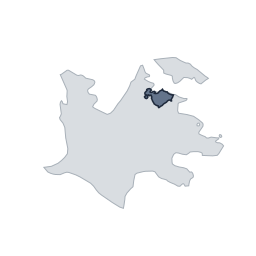 Lachin District, Laçın, Azerbaijan shown in context, rotated 160°
{"feature_id": "54616110B46945931752574", "entity_name": "Lachin District", "entity_type": "district", "adm_level": 2, "iso_a3": "AZE", "parent_name": "Azerbaijan", "parent_adm1": "Laçın", "projection": "orthographic", "projection_center": [46.409, 39.71], "detail": "fine", "context": "in_parent", "style": "filled", "palette": "slate", "viewbox_px": 256, "rotation_deg": 160, "n_neighbors": 0, "source": "geoboundaries", "source_scale": "gbopen_adm2", "svg_char_len": 5778}
<svg xmlns="http://www.w3.org/2000/svg" viewBox="0 0 256 256"><g transform="rotate(160 128 128)"><path d="M173.4,201.3L172.4,201.2L165.5,203.1L164.1,202.6L158.0,195.1L156.7,194.3L154.2,194.0L152.6,192.8L151.4,190.8L150.7,189.3L144.5,185.3L143.5,183.8L143.4,182.5L144.3,181.3L145.3,180.3L148.2,179.2L151.7,178.3L152.8,177.6L153.3,176.5L153.3,174.8L152.7,173.0L147.6,170.0L147.0,168.7L146.9,167.0L147.1,165.3L147.9,163.9L151.9,162.0L154.0,160.0L152.6,157.9L148.1,153.2L142.9,147.9L139.4,147.9L135.5,149.6L129.2,154.2L125.7,156.2L121.1,159.5L116.1,163.1L112.0,167.0L109.5,170.1L104.9,171.5L102.6,174.2L95.0,182.1L92.8,182.0L92.7,178.1L92.8,175.0L92.3,173.2L89.8,170.7L89.8,169.7L90.4,169.0L92.3,169.4L94.8,169.3L95.9,168.3L93.3,165.1L91.0,162.9L89.0,161.5L88.6,160.6L88.6,160.0L89.0,159.2L92.4,157.4L92.7,155.8L92.5,154.0L87.1,151.3L83.2,152.3L79.6,149.2L77.3,146.9L74.5,144.4L71.9,143.0L69.5,139.8L65.3,136.5L62.6,135.6L62.6,135.1L63.1,134.5L64.2,134.0L71.8,134.2L72.7,133.6L73.2,132.2L74.2,130.2L75.5,127.1L75.4,124.6L67.9,120.4L62.4,116.6L58.7,111.5L56.1,106.9L56.3,105.4L57.0,104.0L62.9,99.8L63.3,98.7L63.2,98.0L61.1,95.8L58.5,93.5L57.7,91.9L56.1,91.1L53.0,91.0L47.6,88.2L46.4,87.9L46.2,87.3L46.4,86.8L50.3,85.7L50.3,84.8L49.1,83.6L46.9,82.7L45.0,80.5L44.3,78.5L51.4,72.9L53.5,71.8L58.0,72.9L67.5,76.8L66.9,78.9L67.8,80.1L70.0,81.7L74.2,83.3L77.8,84.2L79.6,83.5L82.3,82.9L85.9,84.8L89.1,87.2L90.8,88.1L91.6,88.4L94.1,87.6L97.1,84.6L98.3,80.8L98.6,79.1L96.9,76.6L93.3,73.9L89.3,71.6L86.7,69.5L85.1,65.4L83.4,65.0L83.0,64.4L82.7,63.0L82.8,61.1L83.4,59.6L85.0,59.0L86.6,58.7L88.1,57.3L89.9,54.5L90.7,52.9L94.2,53.8L94.7,56.3L95.3,56.9L96.7,56.6L99.1,55.5L101.0,56.3L103.5,59.3L106.9,62.4L108.8,64.5L109.5,66.0L111.3,67.4L113.8,69.1L115.9,71.6L117.7,77.7L119.6,79.1L126.2,81.3L128.5,81.8L135.0,82.5L137.3,81.9L140.6,76.6L143.4,71.1L146.2,70.0L151.2,67.3L154.2,64.7L155.4,62.0L158.1,57.0L159.8,54.1L162.8,56.5L168.1,63.2L175.8,74.0L177.7,77.1L179.0,80.7L180.2,85.1L182.0,88.9L189.8,98.4L193.2,101.9L198.7,106.4L200.6,107.4L203.1,107.6L207.7,107.4L212.0,109.1L214.1,110.3L216.3,112.0L218.4,114.1L220.5,119.8L213.1,118.2L205.8,118.8L201.6,120.2L197.6,122.0L193.8,124.5L191.6,129.2L189.9,140.0L187.2,150.1L187.4,154.7L188.9,159.1L188.8,161.2L187.5,162.2L185.8,164.1L183.8,173.4L182.7,175.3L181.2,176.4L180.8,175.4L180.8,173.0L177.4,170.9L175.8,173.4L174.7,178.5L172.4,183.8L172.3,184.9L173.4,201.3ZM61.9,107.9L62.3,106.5L61.3,105.9L60.4,105.8L59.5,106.5L59.5,108.3L60.7,108.6L61.9,107.9ZM37.0,149.4L35.9,147.9L35.5,147.1L38.8,146.4L44.3,144.5L45.7,145.5L47.3,147.6L48.1,149.3L48.2,152.5L48.8,153.0L51.5,152.0L52.7,153.3L54.7,154.9L58.3,156.4L63.4,154.1L66.0,153.5L68.1,153.6L69.2,154.3L69.6,156.8L69.2,159.9L68.6,161.5L69.6,162.8L73.8,165.7L75.6,167.4L74.7,170.2L77.8,177.2L78.9,179.9L80.1,183.3L73.7,181.9L62.0,179.0L58.8,177.6L55.8,173.6L54.0,171.8L51.4,169.3L49.2,168.4L47.6,166.7L46.7,164.2L45.3,162.0L43.0,159.3L37.7,150.3L37.0,149.4ZM44.8,89.9L44.1,90.4L43.1,89.9L42.7,88.8L42.9,87.7L43.9,87.4L44.8,87.7L45.0,88.8L44.8,89.9Z" fill="#d9dde1" stroke="#a8b0b8" stroke-width="1"/><path d="M74.0,143.5L74.5,143.9L75.4,144.0L75.9,144.6L76.6,145.0L77.1,145.5L77.8,146.1L78.0,146.6L78.6,147.2L78.7,147.7L78.7,148.3L79.0,148.7L79.3,148.7L79.8,148.9L80.3,149.2L80.7,149.7L81.3,150.1L81.8,150.4L82.0,150.8L82.1,151.1L82.2,151.3L82.2,151.7L82.2,152.2L82.3,152.7L82.6,152.6L82.9,152.3L83.1,152.0L83.5,152.0L84.0,152.0L84.4,152.0L85.0,152.0L85.5,151.8L86.0,151.6L86.4,151.4L86.8,151.2L87.1,151.0L87.6,150.8L87.9,150.6L88.5,150.6L89.0,150.6L89.4,150.7L89.8,150.9L90.6,151.0L90.9,151.2L91.3,151.6L91.0,151.7L90.5,152.0L90.2,152.3L90.4,152.9L90.5,153.3L91.0,153.5L91.6,153.5L92.2,153.5L92.8,153.4L93.4,153.3L93.9,153.4L94.4,153.7L94.8,153.9L95.0,154.3L94.7,154.6L94.5,154.9L94.1,155.2L93.8,155.3L93.4,155.4L93.2,155.7L93.2,156.0L93.6,156.5L93.6,157.0L94.2,157.6L95.2,157.9L95.8,157.9L96.3,158.0L96.7,157.9L97.2,157.8L97.2,156.9L98.1,156.5L98.7,156.0L99.4,155.8L100.0,155.4L100.3,154.8L100.4,154.4L100.4,153.9L100.4,153.6L100.1,153.4L99.9,153.3L99.7,153.2L99.4,152.8L99.4,152.6L99.7,152.3L100.0,152.1L100.4,152.0L100.8,152.1L101.2,152.1L101.6,152.0L101.8,151.8L101.9,151.5L101.9,151.4L101.7,150.9L101.6,150.6L101.6,150.2L101.2,149.8L101.0,149.6L100.8,149.4L100.4,149.4L100.0,149.4L99.6,149.5L99.3,149.8L99.1,149.9L98.8,150.2L98.7,150.4L98.7,150.7L98.7,151.0L98.5,151.4L98.4,151.6L98.3,151.8L98.2,152.1L97.9,152.2L97.7,152.2L97.3,152.1L97.0,151.8L97.0,151.6L97.0,151.3L96.7,151.0L96.4,150.8L96.0,150.9L95.7,151.1L95.2,151.1L95.0,150.1L95.0,149.7L95.0,149.2L95.1,148.8L95.4,148.6L95.6,148.2L95.8,147.9L95.8,147.5L95.7,147.3L95.7,146.9L95.7,146.5L95.7,145.9L95.7,145.5L95.7,145.2L95.7,144.9L95.5,144.6L95.5,144.3L95.5,144.2L95.5,143.8L95.4,143.3L95.3,143.1L95.2,142.6L95.2,142.1L95.2,141.7L94.9,141.5L94.8,141.2L94.6,140.9L94.4,140.7L94.3,140.4L94.1,140.2L93.7,139.7L93.2,139.2L92.8,138.9L92.5,138.9L92.3,138.7L92.1,138.6L92.1,138.1L92.2,137.8L92.3,137.6L92.3,137.3L92.3,137.2L92.2,137.0L92.2,136.7L91.9,136.6L91.7,136.7L91.4,136.7L91.0,136.8L90.8,136.9L90.4,137.1L90.1,137.3L89.6,137.3L89.0,137.3L88.5,137.4L88.1,137.5L87.8,137.6L87.7,137.8L87.4,137.9L87.1,138.0L86.8,138.2L86.6,138.3L86.4,138.4L86.1,138.5L85.9,138.5L85.6,138.6L85.3,138.7L85.1,138.7L84.8,138.8L84.4,138.8L84.2,138.8L83.9,139.0L83.6,139.0L83.3,139.0L83.0,139.1L82.9,139.2L82.6,139.3L82.4,139.5L82.2,139.6L81.9,139.8L81.6,139.9L81.3,140.0L81.0,140.1L80.7,140.1L80.3,140.2L80.0,140.2L79.6,140.1L79.3,140.0L79.1,139.9L78.9,139.6L78.7,139.3L78.6,139.1L78.5,138.8L78.2,138.6L77.9,138.5L77.7,138.9L77.6,139.2L77.6,139.5L77.6,140.0L77.4,140.2L77.1,140.5L76.7,140.9L76.5,141.1L76.1,141.2L75.8,141.4L75.5,141.9L75.2,142.2L74.9,142.5L74.6,142.9L74.3,143.2L74.1,143.4L74.0,143.5Z" fill="#64748b" stroke="#1e293b" stroke-width="1.5"/></g></svg>